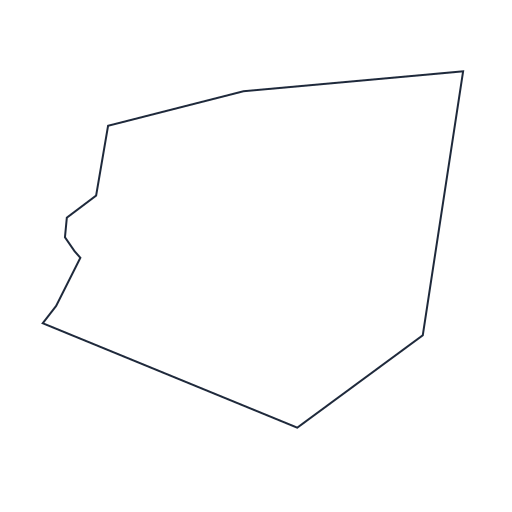 Iloilo, Albers equal-area conic projection, rotated 177°
{"feature_id": "PHL-5526", "entity_name": "Iloilo", "entity_type": "Highly Urbanized City", "adm_level": 1, "iso_a3": "PHL", "parent_name": "Philippines", "parent_adm1": "", "projection": "albers", "projection_center": [122.575, 10.743], "detail": "fine", "context": "isolated", "style": "outline", "palette": "slate", "viewbox_px": 512, "rotation_deg": 177, "n_neighbors": 0, "source": "natural_earth", "source_scale": "10m", "svg_char_len": 319}
<svg xmlns="http://www.w3.org/2000/svg" viewBox="0 0 512 512"><g transform="rotate(177 256 256)"><path d="M472.5,200.0L458.2,216.6L431.5,263.4L436.9,270.2L445.8,284.7L442.9,304.2L412.5,324.7L396.9,393.8L259.8,421.2L39.5,429.6L93.6,168.1L223.8,82.4L472.5,200.0Z" fill="none" stroke="#1e293b" stroke-width="2"/></g></svg>